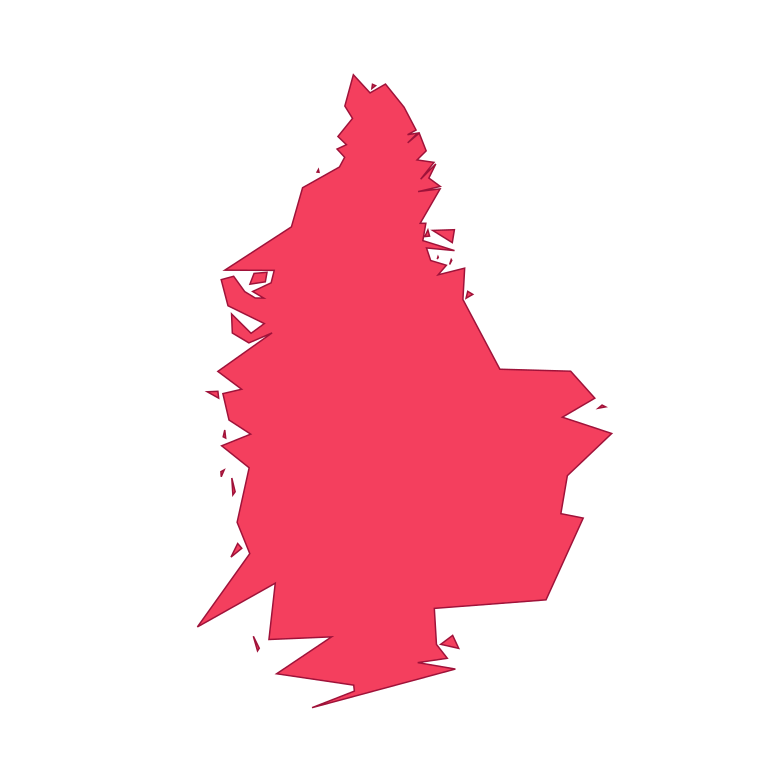 the border of Greenland, rotated 172°
{"feature_id": "GRL", "entity_name": "Greenland", "entity_type": "country or territory", "adm_level": 0, "iso_a3": "GRL", "parent_name": "North America", "parent_adm1": "", "projection": "mercator", "projection_center": [-41.68, 71.708], "detail": "medium", "context": "isolated", "style": "filled", "palette": "rose", "viewbox_px": 768, "rotation_deg": 172, "n_neighbors": 0, "source": "natural_earth", "source_scale": "50m", "svg_char_len": 1982}
<svg xmlns="http://www.w3.org/2000/svg" viewBox="0 0 768 768"><g transform="rotate(172 384 384)"><path d="M353.0,91.8L500.3,73.5L456.1,84.0L455.9,90.0L530.7,112.0L471.1,140.9L533.5,147.0L519.4,201.9L602.6,169.4L540.5,234.7L548.7,267.5L529.2,319.8L553.4,345.4L523.0,352.9L542.5,369.9L544.9,396.9L525.7,398.6L546.8,419.6L487.7,450.2L512.1,443.5L527.1,455.6L525.2,474.6L508.6,452.7L494.1,460.5L527.6,483.2L530.7,510.0L517.9,511.6L509.1,494.9L499.6,487.1L491.1,485.8L501.2,493.9L481.7,499.9L476.9,511.8L525.8,518.9L453.8,552.5L437.3,589.7L397.9,605.1L391.4,614.0L397.8,623.2L387.9,626.2L395.2,635.5L378.2,651.4L384.1,664.7L371.3,694.5L357.3,674.2L340.8,680.8L325.6,655.3L316.9,631.0L326.0,627.6L315.7,627.8L327.0,619.5L314.2,627.5L309.8,609.0L320.1,601.3L303.7,596.5L319.2,581.7L302.1,594.7L310.9,581.7L300.8,571.8L323.5,569.8L301.3,569.4L325.8,538.1L320.2,537.3L325.6,520.6L295.6,506.3L323.0,512.8L320.6,499.8L305.7,492.9L315.2,484.6L288.0,487.5L294.1,456.7L267.2,382.5L197.4,370.7L177.2,340.6L212.0,326.3L165.4,303.3L215.2,267.7L226.9,231.0L205.4,223.5L253.6,147.7L365.4,154.8L368.3,118.8L359.5,103.6L389.4,103.4L353.0,91.8ZM296.7,514.5L314.4,529.3L292.8,527.0L296.7,514.5ZM502.9,501.5L497.3,511.6L484.3,510.9L487.3,501.7L502.9,501.5ZM364.1,118.3L351.0,125.5L346.8,111.8L364.1,118.3ZM559.6,233.9L551.1,246.4L547.7,241.1L559.6,233.9ZM549.7,393.0L560.1,400.9L549.5,399.9L549.7,393.0ZM550.6,354.1L548.1,360.6L548.3,352.5L550.6,354.1ZM290.8,457.5L288.2,464.1L283.6,460.4L290.8,457.5ZM546.4,137.3L548.5,152.4L544.3,139.7L546.4,137.3ZM323.1,524.3L319.1,530.4L318.3,524.1L323.1,524.3ZM549.1,295.2L547.8,312.1L546.4,298.0L549.1,295.2ZM175.2,330.2L171.0,332.8L167.7,330.5L175.2,330.2ZM302.4,493.2L300.1,497.9L299.7,497.0L302.4,493.2ZM557.7,319.9L554.2,321.2L558.1,314.8L557.7,319.9ZM354.9,678.3L353.7,682.4L350.8,680.6L354.9,678.3ZM313.9,500.3L312.8,502.6L312.6,501.9L313.9,500.3ZM420.8,603.2L419.1,605.5L418.9,602.7L420.8,603.2Z" fill="#f43f5e" stroke="#9f1239" stroke-width="1.5"/></g></svg>